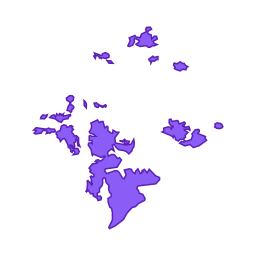 outline of Tongyeong-si, South Gyeongsang, South Korea, rotated 166°
{"feature_id": "91817680B95262291256995", "entity_name": "Tongyeong-si", "entity_type": "district", "adm_level": 2, "iso_a3": "KOR", "parent_name": "South Korea", "parent_adm1": "South Gyeongsang", "projection": "mercator", "projection_center": [128.349, 34.792], "detail": "fine", "context": "isolated", "style": "filled", "palette": "violet", "viewbox_px": 256, "rotation_deg": 166, "n_neighbors": 0, "source": "geoboundaries", "source_scale": "gbopen_adm2", "svg_char_len": 5936}
<svg xmlns="http://www.w3.org/2000/svg" viewBox="0 0 256 256"><g transform="rotate(166 128 128)"><path d="M164.5,36.0L154.6,40.3L149.6,45.6L143.2,49.9L139.7,49.9L136.1,52.2L129.3,53.8L128.5,55.4L129.7,60.0L132.8,62.0L133.0,64.9L134.3,67.3L132.4,69.4L114.6,67.1L109.8,70.2L109.4,72.3L112.9,75.1L117.4,82.9L120.3,79.9L122.2,84.0L125.0,82.9L124.2,81.9L127.1,80.7L128.3,86.0L131.0,84.2L132.2,82.1L134.5,84.8L134.5,87.0L136.7,88.1L141.8,88.1L141.2,83.1L143.9,79.6L145.5,80.9L147.2,86.8L148.6,88.9L151.1,89.7L159.7,88.9L161.1,92.4L159.7,93.8L148.0,92.6L142.1,98.5L143.3,101.2L145.5,100.8L147.6,105.3L150.1,106.3L154.0,105.5L153.7,109.4L149.4,111.7L147.0,109.0L147.4,115.1L145.3,115.3L144.3,112.1L142.3,109.2L137.5,107.1L135.1,105.3L133.4,102.6L129.9,104.7L128.5,107.1L126.9,108.2L125.4,112.3L125.2,115.6L128.7,111.7L130.6,111.4L135.1,112.5L143.9,116.6L143.1,121.7L137.9,126.0L140.2,126.8L143.1,129.5L144.1,126.6L145.7,127.2L148.2,130.3L147.2,133.8L148.0,134.8L150.5,133.8L150.7,140.4L152.7,140.8L154.4,140.0L155.6,143.2L162.8,141.8L162.8,138.5L164.4,135.5L166.5,133.6L166.2,132.4L162.4,129.8L161.1,127.7L165.0,128.5L166.5,129.9L167.6,129.5L168.7,125.2L165.9,124.5L166.6,121.5L167.4,122.6L169.9,122.8L170.7,121.0L169.0,116.2L169.3,110.2L169.0,109.8L168.0,111.1L160.8,105.7L158.6,106.5L157.1,106.0L160.2,103.4L162.8,102.5L164.6,104.4L166.7,104.4L167.9,103.4L165.7,102.1L167.4,101.4L171.2,101.8L175.5,98.5L174.2,95.9L175.5,95.4L175.3,94.2L172.5,91.4L172.6,89.5L173.9,88.9L175.1,90.3L176.3,90.0L175.9,85.7L176.8,85.1L176.0,82.4L177.0,81.5L179.5,86.7L180.6,86.3L180.6,84.1L182.7,78.2L184.1,76.8L183.7,76.0L181.6,77.2L180.2,73.1L177.5,72.7L178.2,70.6L174.9,67.3L174.7,64.9L171.6,64.9L170.6,66.7L171.2,68.6L174.3,69.4L173.6,72.1L171.0,72.9L170.6,75.8L167.1,78.4L165.9,80.5L165.0,84.6L163.0,85.6L162.2,84.8L162.4,80.3L160.5,77.0L161.5,73.7L161.5,70.2L160.3,68.0L161.1,65.5L164.4,64.5L165.2,60.8L164.8,55.6L163.4,54.0L163.6,49.7L165.0,44.0L165.6,42.3L170.6,36.4L170.4,34.9L164.5,36.0ZM182.9,114.9L181.0,116.9L181.7,120.3L185.9,121.2L188.5,124.1L188.8,125.3L187.3,125.2L184.8,122.2L184.2,122.7L183.8,126.9L182.5,127.1L180.8,130.4L180.2,128.2L181.0,123.2L179.1,121.6L179.6,125.3L178.3,130.4L180.0,133.1L182.3,133.3L182.2,134.9L183.5,137.1L183.4,138.4L181.2,139.9L182.7,141.9L181.3,142.6L182.2,144.0L183.9,144.2L185.1,143.3L186.8,143.4L187.5,145.5L189.4,146.6L192.1,146.1L194.2,142.2L198.5,141.1L199.2,139.6L198.4,137.9L199.0,136.2L196.9,133.6L196.9,131.2L194.0,133.2L192.3,133.2L191.8,132.4L190.4,126.5L190.6,123.5L189.3,122.6L188.8,120.8L189.2,119.0L188.1,117.8L186.7,119.7L185.5,118.2L185.6,116.8L187.6,115.3L182.9,114.9ZM84.8,105.3L82.2,103.1L80.5,104.3L76.4,103.6L75.8,104.8L74.5,105.0L74.3,107.0L70.9,109.2L73.4,111.8L73.8,113.0L69.8,112.3L68.6,110.7L68.2,111.3L68.6,114.8L72.5,114.8L72.8,116.4L73.2,115.5L74.6,116.6L74.2,117.7L71.6,118.2L71.3,119.2L72.0,120.2L77.3,119.5L77.6,122.7L78.2,123.3L83.6,123.7L84.3,126.3L85.9,126.2L86.9,122.9L85.5,119.4L83.9,119.0L84.2,118.0L85.2,118.0L86.1,116.6L87.2,118.7L89.4,119.4L93.3,119.2L94.2,116.2L95.9,115.9L88.6,110.6L86.8,108.9L86.5,107.7L85.3,109.4L84.4,106.9L84.8,105.3ZM88.6,201.4L87.1,201.0L84.0,202.0L82.9,201.4L79.5,201.9L82.4,204.1L82.7,205.3L82.5,206.0L78.1,207.2L78.1,210.0L80.3,210.8L83.5,208.5L82.9,212.6L85.9,214.7L85.4,217.0L81.2,218.2L82.0,220.5L85.7,221.1L87.1,219.2L86.5,217.1L92.1,215.9L94.6,212.7L98.2,214.4L98.9,216.1L105.0,215.2L104.8,212.1L108.3,207.7L107.1,206.7L103.4,207.3L100.9,210.0L100.6,212.3L99.6,213.2L96.0,210.2L96.4,208.8L100.1,207.3L99.3,206.4L96.3,204.1L90.7,203.6L88.6,201.4ZM71.9,97.0L69.2,93.2L63.3,93.6L54.7,97.1L55.8,99.8L54.9,101.0L61.6,105.7L61.1,106.7L59.7,107.1L59.4,108.8L60.0,109.6L63.1,110.0L67.4,106.8L67.2,104.8L69.5,101.5L74.4,101.0L76.6,102.2L77.1,100.8L79.5,101.9L81.6,100.7L77.1,96.9L71.9,97.0ZM194.0,151.3L191.3,149.6L188.8,151.9L183.9,151.6L182.7,153.2L180.7,153.8L180.6,155.0L187.7,155.1L188.0,156.1L187.2,157.4L189.3,156.5L189.8,158.0L190.9,158.5L191.2,157.1L192.4,157.4L193.8,159.1L195.6,156.3L196.6,158.6L198.8,158.6L201.4,157.1L196.2,154.3L194.0,151.3ZM60.9,171.8L57.7,170.5L56.4,172.5L55.1,173.0L57.2,175.0L57.9,177.1L59.2,177.3L61.3,179.6L64.9,178.4L67.2,179.8L68.1,179.2L68.6,177.7L67.6,175.6L68.6,174.6L67.9,173.6L63.6,170.8L60.9,171.8ZM205.1,141.7L202.8,142.8L201.0,141.9L199.3,142.2L199.5,144.6L203.5,145.8L204.9,147.1L207.8,146.7L217.1,150.5L220.0,148.8L218.3,148.4L217.5,147.4L220.0,146.1L220.3,145.5L219.2,144.6L213.6,144.0L210.8,146.3L208.0,145.1L207.2,144.0L208.6,142.4L206.0,142.5L205.1,141.7ZM176.8,173.5L180.6,171.8L180.7,169.7L178.8,168.0L178.1,165.9L180.9,163.3L182.9,159.8L180.6,158.6L179.9,157.0L178.8,157.4L177.9,159.6L176.5,159.9L175.5,161.4L176.2,163.4L177.5,164.1L177.8,166.6L174.4,168.2L173.2,171.2L174.5,172.9L176.8,173.5ZM135.2,202.2L132.1,200.3L131.5,201.3L129.5,201.1L128.7,203.1L129.2,204.4L131.3,206.4L132.6,206.5L134.9,206.1L135.5,204.8L136.4,204.8L142.4,208.9L142.1,206.9L143.8,206.1L142.9,203.4L141.5,205.8L140.3,205.8L139.1,204.6L138.8,202.8L138.0,203.1L137.1,201.8L136.3,202.5L135.2,202.2ZM41.9,106.2L39.0,105.2L36.4,105.5L35.7,106.4L35.9,108.3L37.0,109.9L40.2,111.4L42.6,110.9L42.7,109.2L43.7,108.1L41.9,106.2ZM89.8,187.0L90.1,185.3L88.3,187.3L86.3,186.4L83.0,187.7L82.5,187.2L81.6,190.0L85.5,190.2L86.5,191.7L91.2,189.7L90.9,188.0L89.8,187.0ZM144.6,153.7L143.6,155.0L144.2,156.0L147.5,155.2L151.0,157.9L152.6,160.1L155.0,160.2L154.7,157.1L153.1,155.6L152.0,155.2L150.8,156.5L149.9,156.4L147.8,154.1L145.9,154.6L144.6,153.7ZM209.5,160.1L210.6,158.2L206.8,157.1L204.3,158.6L203.1,160.4L205.3,160.1L207.3,161.3L209.5,160.1ZM132.4,113.4L132.3,112.6L131.2,112.7L129.8,114.8L132.4,115.7L133.9,116.8L134.0,117.8L136.5,116.8L139.3,117.8L138.5,116.9L136.6,116.5L136.7,115.8L133.9,116.4L135.3,114.2L133.6,112.9L132.4,113.4ZM130.8,195.5L126.9,194.4L128.4,197.3L132.0,198.3L130.8,195.5ZM164.0,165.2L165.0,160.4L163.6,157.6L162.6,161.1L162.9,163.6L164.0,165.2Z" fill="#8b5cf6" stroke="#5b21b6" stroke-width="1.5"/></g></svg>